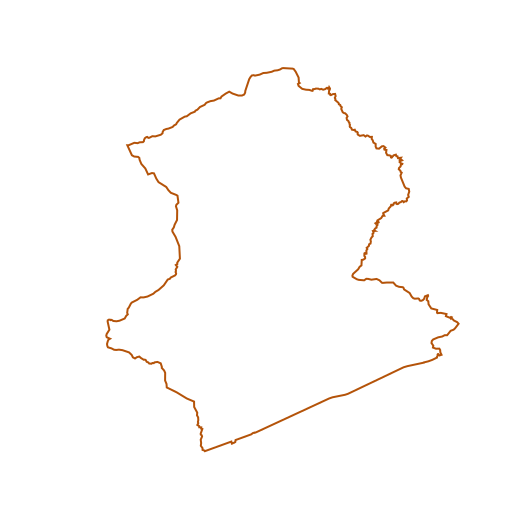 Pailitas, Cesar, Colombia, rotated 246°
{"feature_id": "7082276B45441685254380", "entity_name": "Pailitas", "entity_type": "district", "adm_level": 2, "iso_a3": "COL", "parent_name": "Colombia", "parent_adm1": "Cesar", "projection": "natural_earth1", "projection_center": [-73.578, 8.949], "detail": "fine", "context": "isolated", "style": "outline", "palette": "amber", "viewbox_px": 512, "rotation_deg": 246, "n_neighbors": 0, "source": "geoboundaries", "source_scale": "gbopen_adm2", "svg_char_len": 6107}
<svg xmlns="http://www.w3.org/2000/svg" viewBox="0 0 512 512"><g transform="rotate(246 256 256)"><path d="M98.5,129.9L96.5,158.0L94.4,157.6L94.3,158.2L94.6,158.6L94.3,159.8L94.5,161.4L96.2,162.5L95.0,179.1L95.5,181.1L95.3,182.8L95.0,182.9L94.9,184.7L96.1,264.9L95.8,268.4L93.0,280.9L92.7,283.9L94.3,345.6L93.8,349.5L90.3,366.0L90.5,366.1L89.7,370.5L89.4,374.8L89.6,380.0L90.1,380.1L91.1,381.5L92.0,381.7L92.4,382.2L92.3,382.6L90.5,383.2L90.3,385.3L93.0,385.2L95.2,386.0L96.8,385.8L98.1,382.7L100.4,380.4L101.9,381.5L105.1,380.9L106.9,382.1L107.7,383.9L107.6,389.4L106.7,393.4L106.9,396.1L105.9,398.4L108.5,403.4L108.3,406.5L108.9,408.3L111.7,413.5L113.7,412.9L116.8,410.4L117.9,410.2L119.4,409.1L119.8,409.5L120.2,409.2L120.5,409.8L120.8,409.5L120.3,408.7L120.9,408.8L120.8,407.9L123.8,405.0L125.5,406.4L128.9,401.7L130.0,398.5L130.6,398.3L133.0,399.6L136.8,394.8L141.7,394.0L144.6,395.0L146.5,394.1L148.4,395.4L149.5,397.0L150.3,397.1L150.4,393.9L148.6,392.3L147.9,390.8L147.8,389.1L148.3,387.9L148.8,387.5L150.5,387.5L151.2,387.0L152.4,383.7L153.5,382.5L155.6,381.7L159.7,381.3L165.2,377.7L167.1,377.8L167.8,377.4L169.7,374.1L171.9,371.9L175.9,370.6L178.7,364.3L179.9,360.8L180.3,360.2L183.6,358.9L186.0,356.8L187.4,351.8L189.5,349.1L190.3,347.5L189.8,344.9L192.4,340.2L193.7,338.7L197.7,335.8L198.9,336.1L200.2,337.5L202.3,343.9L204.0,346.3L204.5,348.5L209.4,351.0L209.0,352.6L209.4,354.7L210.8,355.3L212.0,355.0L214.3,356.1L214.4,356.7L213.3,357.3L213.2,357.9L216.2,359.1L217.1,360.6L218.4,360.4L219.3,363.2L220.7,364.1L220.8,365.7L222.7,366.9L224.3,367.1L225.9,369.0L226.6,370.7L228.8,371.4L229.0,372.4L229.6,372.9L231.2,373.0L230.5,375.0L231.3,374.4L231.9,374.7L232.7,376.2L232.9,377.7L234.3,378.3L235.0,379.7L236.7,379.7L236.7,378.6L237.3,378.4L237.4,379.5L236.7,381.4L236.9,381.8L237.5,381.7L238.3,380.6L239.1,381.4L239.7,385.8L241.2,388.0L240.6,389.6L242.9,389.4L243.5,389.7L243.9,395.3L245.4,396.6L246.6,399.4L247.8,400.3L247.5,401.1L246.7,401.5L247.1,402.6L248.1,403.3L248.3,404.4L247.9,405.9L246.6,405.5L246.0,406.0L245.8,407.2L246.5,408.8L246.3,410.2L246.8,411.8L246.5,412.4L245.1,412.8L245.4,414.2L244.8,415.6L245.4,416.6L247.2,417.1L247.9,419.6L249.9,419.8L252.5,422.2L255.2,422.8L256.8,420.6L258.9,420.0L268.7,420.3L270.9,420.8L272.9,423.0L274.1,422.3L275.1,422.6L277.2,421.7L278.2,422.4L279.0,424.5L280.5,425.5L280.4,426.9L280.7,427.2L281.8,426.1L283.4,425.4L284.0,426.3L284.0,428.4L284.6,428.1L285.0,426.1L285.4,426.2L286.8,428.4L287.7,425.5L289.5,425.8L290.1,424.8L291.7,425.0L292.0,422.6L291.4,421.6L291.5,420.6L290.8,420.3L290.8,419.6L291.2,419.4L292.7,419.8L293.5,419.1L294.7,417.0L297.4,416.8L299.8,418.3L300.9,416.6L301.8,416.7L302.4,418.3L304.5,417.2L305.0,415.6L304.0,412.1L305.3,409.8L307.3,409.8L309.7,410.9L311.9,409.4L314.2,409.7L316.0,409.3L317.7,410.3L318.5,408.4L320.3,407.3L321.0,406.4L320.6,404.6L322.6,403.5L323.5,399.8L325.3,398.5L326.2,398.4L327.1,399.1L328.1,399.0L329.3,397.6L331.2,397.6L331.3,396.6L332.4,395.0L334.3,395.1L335.5,394.3L336.5,394.4L337.6,395.2L338.8,395.1L339.8,395.6L340.7,395.2L341.9,395.3L343.3,394.5L345.3,394.9L346.3,396.4L348.0,396.3L350.1,395.5L350.7,394.6L352.0,393.7L355.7,393.7L357.0,394.9L358.5,394.2L359.7,394.4L360.9,393.4L361.7,393.7L362.7,393.5L366.2,391.8L367.0,392.4L368.4,392.3L369.7,393.8L371.9,394.2L372.6,392.1L372.5,389.8L373.1,389.3L374.1,389.6L374.8,388.6L377.3,390.0L377.9,391.0L378.9,391.7L380.4,391.5L379.5,390.7L379.4,390.1L379.7,389.6L380.5,389.7L380.8,389.0L380.3,387.1L380.6,385.0L382.1,383.6L382.3,382.0L383.5,381.0L384.6,378.8L384.6,377.6L385.2,376.0L383.9,374.9L384.0,374.5L386.1,372.2L387.6,369.3L389.9,366.2L394.1,364.1L396.1,364.3L396.3,366.2L397.1,365.8L401.7,367.5L408.2,367.2L411.5,366.5L412.3,365.6L416.6,357.3L416.9,356.2L416.6,353.7L416.9,351.2L417.9,348.1L417.9,345.3L419.0,340.3L420.2,337.1L420.2,333.1L421.2,328.4L422.1,327.5L422.6,325.6L421.7,323.7L420.3,321.7L411.2,313.4L409.6,312.5L408.3,310.8L408.3,308.5L409.8,305.1L414.0,300.6L417.0,298.4L416.7,294.5L415.7,289.3L414.5,287.7L415.2,286.0L415.1,280.8L416.0,277.4L416.2,273.7L416.0,272.4L415.0,270.6L414.9,265.4L413.5,262.0L413.4,259.8L412.7,258.8L412.9,254.3L411.8,249.6L412.3,247.6L411.7,241.6L409.8,237.8L408.8,236.6L408.6,234.2L407.8,232.3L408.0,227.8L408.5,225.8L408.6,223.0L407.3,221.2L406.1,220.5L405.5,218.4L406.2,212.7L407.6,210.0L407.4,206.7L407.7,205.7L409.0,205.1L409.2,204.2L408.8,202.3L407.5,200.9L406.4,200.2L406.0,199.0L407.2,195.9L407.2,193.8L408.9,190.9L409.0,184.6L409.5,183.5L398.5,183.6L396.4,185.2L394.5,188.6L393.1,189.3L391.2,188.8L386.7,188.7L381.0,190.5L374.4,190.6L374.1,194.7L373.0,196.4L367.3,196.4L363.1,197.0L355.5,202.1L351.9,202.7L348.4,203.9L344.1,208.1L343.0,208.8L336.2,206.8L335.2,204.1L334.0,203.1L329.8,202.6L321.0,198.5L317.7,194.4L315.5,192.5L314.1,190.2L312.3,189.6L306.2,190.3L296.2,189.9L284.5,185.4L282.0,181.4L280.6,180.8L280.4,179.1L278.1,179.7L276.4,177.2L274.8,176.8L274.1,176.0L272.7,176.0L271.9,175.5L271.2,174.2L271.0,169.3L270.2,168.0L270.4,165.8L266.7,159.8L264.6,153.1L264.2,149.5L263.3,146.9L263.1,140.4L263.9,136.4L265.2,133.7L264.3,129.7L264.0,123.6L263.4,122.3L260.5,118.7L259.9,117.3L256.5,115.2L254.8,115.1L254.2,113.2L252.3,110.6L252.4,105.0L253.1,102.0L254.7,99.2L256.4,98.1L256.6,97.0L257.2,96.8L257.7,95.6L257.5,94.4L256.5,93.8L248.3,92.1L245.5,87.9L244.1,86.8L242.5,86.6L239.8,89.0L239.6,87.2L238.4,85.9L236.2,84.1L234.3,83.6L232.8,83.6L230.4,86.4L228.1,88.2L227.0,90.1L226.2,92.7L224.3,95.7L219.6,100.8L216.2,102.2L213.5,102.3L211.6,103.8L212.0,105.9L211.6,108.5L209.6,109.4L206.8,111.3L206.6,112.2L205.9,112.9L203.8,113.1L202.6,114.3L201.2,114.7L200.1,116.7L200.4,117.8L199.7,119.0L200.1,120.0L199.3,122.9L196.7,125.3L193.0,124.9L192.1,124.4L188.8,125.5L186.2,125.5L179.2,122.3L175.5,122.2L172.2,121.0L163.7,128.1L154.0,134.8L148.2,140.2L143.2,138.1L136.8,138.6L134.5,137.3L132.1,137.5L129.5,136.5L128.0,135.4L126.8,135.3L125.5,133.7L123.7,134.9L122.6,134.5L121.7,136.3L120.6,135.7L119.8,136.6L116.2,133.2L115.3,132.9L114.3,133.5L113.0,133.3L110.7,130.8L107.4,129.8L105.1,128.4L102.2,129.0L100.6,128.3L99.2,129.8L98.5,129.9Z" fill="none" stroke="#b45309" stroke-width="2"/></g></svg>